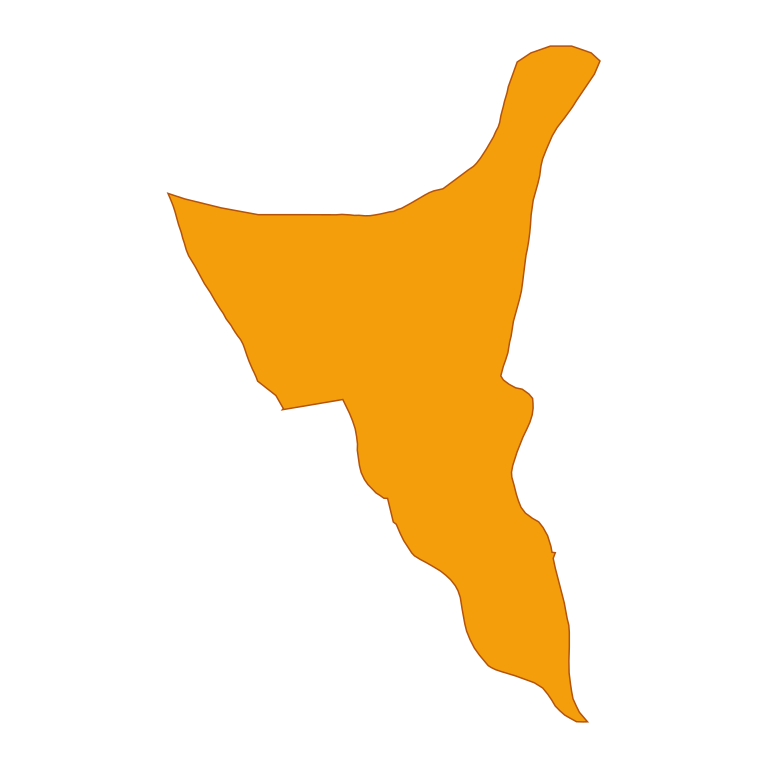 the district of Monchy/Vieux Sucreic/Bois D'Ine, Gros Islet, Saint Lucia
{"feature_id": "8701671B73364458199971", "entity_name": "Monchy/Vieux Sucreic/Bois D'Ine", "entity_type": "district", "adm_level": 2, "iso_a3": "LCA", "parent_name": "Saint Lucia", "parent_adm1": "Gros Islet", "projection": "natural_earth1", "projection_center": [-60.951, 14.056], "detail": "fine", "context": "isolated", "style": "filled", "palette": "amber", "viewbox_px": 768, "rotation_deg": 0, "n_neighbors": 0, "source": "geoboundaries", "source_scale": "gbopen_adm2", "svg_char_len": 2652}
<svg xmlns="http://www.w3.org/2000/svg" viewBox="0 0 768 768"><path d="M600.0,61.0L591.2,52.9L571.7,46.1L550.3,46.1L530.9,52.9L517.2,62.0L508.3,86.7L507.1,92.5L504.4,101.7L503.2,106.9L501.9,111.7L500.9,115.6L499.7,122.4L498.2,127.0L495.8,131.5L493.5,136.8L486.3,149.2L480.7,157.8L476.5,163.3L473.3,166.5L468.4,169.8L463.5,173.5L457.2,178.2L442.9,188.8L433.7,190.9L429.2,192.7L424.7,195.1L416.9,199.7L408.9,204.3L405.2,206.3L401.4,208.4L397.8,209.5L393.5,211.4L389.4,211.9L384.9,213.0L379.8,214.1L375.4,214.9L370.1,215.7L365.0,215.8L359.0,215.3L354.5,215.4L350.0,214.9L341.9,214.4L336.2,214.8L305.0,214.7L258.3,214.7L221.3,207.9L184.3,198.8L168.0,193.4L170.2,198.5L173.0,205.5L175.0,211.6L176.6,217.5L178.5,224.4L181.2,232.3L182.7,238.1L184.5,243.6L186.2,249.7L188.6,255.7L195.1,266.4L204.4,283.6L210.4,292.6L215.0,300.7L220.0,308.7L223.3,313.5L226.1,318.8L231.0,325.3L232.9,328.6L234.9,331.8L237.8,336.0L240.6,339.6L243.1,344.4L244.6,348.5L246.8,355.1L249.1,361.4L252.5,369.3L254.0,372.3L256.1,377.0L257.6,381.1L275.9,395.5L283.3,408.5L282.4,409.7L342.8,399.5L349.6,413.5L352.6,420.9L355.2,428.8L356.6,436.6L357.5,444.0L357.3,450.2L359.5,465.8L361.2,472.6L364.4,479.4L367.9,484.5L372.0,488.7L376.0,492.9L380.1,495.5L383.8,498.2L387.6,498.4L393.3,522.0L396.3,524.3L400.1,533.2L403.7,540.6L411.7,552.9L414.4,555.8L420.2,559.4L425.9,562.4L432.7,566.3L440.3,570.9L445.8,575.2L450.6,579.7L455.3,585.7L458.0,590.7L460.3,597.5L462.1,608.9L464.8,623.8L466.6,631.1L470.0,639.5L474.4,648.1L479.5,655.2L488.2,665.6L491.2,667.5L495.7,669.7L502.0,671.8L515.2,675.8L524.9,679.3L534.4,682.8L542.7,688.0L547.9,694.4L551.7,700.0L555.3,706.1L559.8,710.7L564.6,715.0L570.3,718.3L576.5,721.7L583.2,721.9L587.5,721.8L579.4,712.3L576.4,706.3L573.0,698.8L571.7,692.0L570.5,684.1L569.1,672.9L568.9,660.8L569.3,647.1L569.3,632.2L568.8,625.2L567.1,618.3L564.3,603.1L562.5,596.0L555.3,568.2L553.2,558.4L555.3,552.7L552.0,552.3L550.9,546.3L547.6,535.7L543.1,527.6L538.7,521.9L532.4,518.3L525.4,513.1L521.0,507.3L518.4,500.8L516.4,494.5L514.1,485.4L511.8,477.1L511.5,472.2L512.8,465.3L517.1,451.9L522.9,437.2L526.9,428.9L529.9,422.2L532.2,414.9L533.1,408.2L533.0,403.2L532.6,398.4L528.9,394.0L522.2,389.2L515.6,387.8L509.1,384.3L503.4,380.0L500.8,375.9L503.3,366.4L505.6,360.0L507.9,352.7L509.7,341.7L511.1,336.2L513.4,321.4L519.3,300.0L521.4,291.1L522.6,282.4L523.7,273.4L526.0,255.2L527.2,249.7L528.6,241.5L529.7,233.1L530.5,224.5L531.1,215.2L533.2,200.2L537.9,183.4L539.7,175.8L541.0,165.8L542.6,159.0L546.2,149.8L552.2,135.9L557.2,127.4L564.6,117.8L572.4,107.1L576.6,100.4L577.6,98.9L585.4,87.4L594.4,74.1L600.0,61.0Z" fill="#f59e0b" stroke="#b45309" stroke-width="1.5"/></svg>